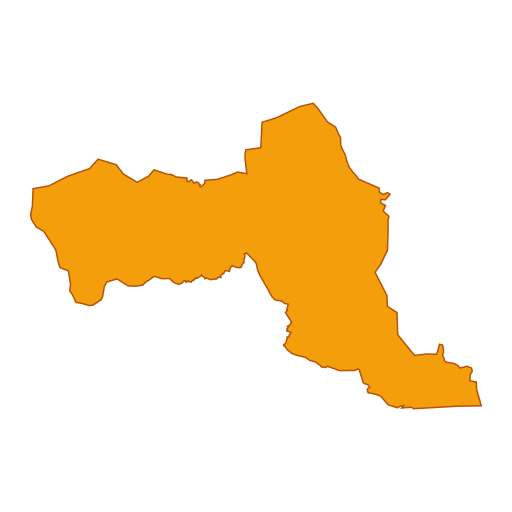 the district of Ifo, Ogun, Nigeria
{"feature_id": "59680162B2266540401620", "entity_name": "Ifo", "entity_type": "district", "adm_level": 2, "iso_a3": "NGA", "parent_name": "Nigeria", "parent_adm1": "Ogun", "projection": "albers", "projection_center": [3.248, 6.772], "detail": "fine", "context": "isolated", "style": "filled", "palette": "amber", "viewbox_px": 512, "rotation_deg": 0, "n_neighbors": 0, "source": "geoboundaries", "source_scale": "gbopen_adm2", "svg_char_len": 5939}
<svg xmlns="http://www.w3.org/2000/svg" viewBox="0 0 512 512"><path d="M59.8,267.2L60.7,267.9L68.4,270.8L70.5,284.3L69.8,290.8L72.5,294.9L75.9,302.4L81.4,303.3L89.5,305.6L93.1,305.0L101.2,299.7L102.6,296.7L104.3,286.5L106.8,282.0L117.0,278.9L128.1,285.9L135.9,286.2L142.8,285.1L146.1,281.7L148.6,280.4L151.3,278.5L153.2,276.9L155.1,276.4L157.4,277.2L158.1,277.5L159.2,277.7L160.2,278.1L160.8,278.5L161.5,278.6L162.7,278.6L163.2,278.6L164.0,278.7L164.6,278.7L165.5,278.6L166.3,278.5L167.4,278.5L168.2,278.6L169.1,278.6L169.9,278.8L170.4,279.1L170.7,279.6L171.0,280.0L171.6,280.5L172.0,280.8L172.8,281.6L173.1,282.1L173.6,282.3L174.2,282.5L174.5,282.7L174.9,283.0L175.4,283.1L175.7,283.3L176.1,283.4L176.7,283.5L177.0,283.7L177.3,283.8L178.1,283.9L178.3,284.0L179.0,284.4L179.3,284.2L179.6,284.0L180.0,283.9L180.4,283.7L181.2,283.3L181.7,283.1L182.2,282.9L182.5,282.6L182.8,282.2L183.1,281.8L183.2,281.6L183.3,281.3L183.6,281.0L183.9,280.9L184.1,280.8L184.2,281.0L184.4,281.0L184.7,280.9L185.1,280.8L185.6,281.6L186.2,282.3L186.9,281.8L186.6,281.3L186.9,281.1L187.4,281.0L188.1,280.6L188.2,280.8L188.6,281.4L188.7,281.6L188.8,281.7L189.1,281.7L189.8,281.8L190.5,281.9L191.0,282.0L191.4,282.1L191.6,281.2L191.8,280.9L192.0,280.9L192.5,280.7L192.9,280.4L193.4,279.8L193.8,280.2L194.1,279.8L194.2,279.6L194.8,279.0L195.1,278.6L195.3,278.3L195.6,278.2L195.8,278.1L196.2,278.0L196.3,278.4L196.8,278.3L197.9,277.7L198.9,277.1L199.1,277.0L199.3,276.9L199.8,276.7L200.1,276.3L201.5,275.1L202.2,275.9L203.8,277.1L204.0,277.3L204.5,277.6L204.7,278.1L204.7,278.4L204.8,278.7L205.2,278.5L205.4,278.4L206.0,278.2L206.2,278.3L207.0,278.3L207.5,278.4L208.2,278.7L209.1,279.1L210.0,279.4L210.4,279.5L210.7,279.6L211.0,279.6L211.3,279.5L211.8,279.5L212.8,279.4L213.9,279.1L214.5,278.7L214.9,278.8L215.7,279.3L216.0,279.0L216.6,278.8L217.2,278.5L217.5,278.3L217.6,278.0L217.7,277.8L217.6,277.7L217.7,277.4L217.8,277.3L218.0,277.3L218.3,277.4L219.4,277.2L219.8,277.2L220.7,277.4L220.9,277.5L220.9,277.1L220.8,276.4L220.8,276.1L220.8,275.8L220.9,275.4L222.1,274.3L222.4,273.9L222.7,273.5L222.9,273.6L223.1,273.8L223.3,273.8L223.7,273.4L224.1,272.8L224.5,271.7L224.9,271.3L225.0,270.8L225.6,270.8L225.8,270.8L227.1,270.8L227.8,270.9L228.6,271.0L228.7,271.3L229.2,271.3L229.4,271.4L229.5,270.2L229.7,269.7L230.0,269.3L230.2,268.4L230.5,267.7L230.8,267.2L231.1,266.9L232.2,265.8L232.4,265.7L233.6,266.1L234.2,266.4L234.6,266.5L235.0,266.8L235.4,267.0L235.8,267.3L236.2,267.4L236.6,267.4L237.0,267.4L237.9,267.4L238.4,267.5L238.8,267.7L239.2,267.8L239.4,267.8L239.7,267.7L240.7,267.1L241.1,267.0L241.4,267.1L241.6,266.1L242.1,264.7L243.5,262.9L244.1,262.5L243.7,261.3L245.0,256.0L244.9,255.4L244.4,253.7L245.0,253.6L245.3,253.5L245.4,253.4L245.6,253.3L245.8,253.3L246.2,253.4L246.3,253.1L246.5,253.0L248.5,254.9L250.7,257.2L251.5,258.1L253.6,260.0L254.6,261.1L255.4,262.2L256.2,263.6L256.9,266.4L257.3,268.6L257.8,270.5L258.4,272.1L258.8,273.0L259.4,274.3L260.1,275.6L261.4,277.7L262.0,279.0L263.4,281.5L263.7,281.9L264.7,283.9L265.2,284.6L265.8,285.6L268.6,290.5L269.3,292.0L270.5,294.2L271.5,295.8L272.3,297.2L272.7,297.3L273.4,298.2L274.1,299.1L274.7,299.6L275.1,299.9L275.9,300.0L276.9,300.3L278.5,300.5L281.2,301.0L281.9,301.3L282.5,301.7L283.8,302.8L284.4,303.2L285.8,303.7L286.6,303.9L288.2,304.2L288.1,304.8L287.9,305.8L287.5,306.8L287.2,308.2L287.0,309.0L286.8,309.5L286.7,309.9L287.1,310.3L287.3,310.5L287.1,310.7L286.8,311.1L286.6,311.3L286.4,311.5L286.1,311.8L285.9,312.1L285.5,312.5L286.9,314.8L290.0,319.5L291.6,322.3L291.4,322.5L291.1,322.9L290.8,323.7L290.5,324.4L289.1,325.1L289.0,326.2L287.4,326.3L287.7,326.8L288.2,327.4L287.0,328.7L287.6,329.3L286.6,330.6L286.8,331.0L287.5,331.2L290.9,332.1L290.9,332.7L289.4,334.7L288.7,337.0L287.2,336.9L286.8,339.3L286.6,340.4L286.0,342.6L284.8,344.0L284.0,344.4L283.5,345.0L283.6,345.6L285.1,346.5L285.9,347.7L287.4,349.8L291.4,353.1L291.6,353.3L295.2,354.8L297.0,355.2L297.7,355.5L305.6,357.4L309.6,360.3L310.7,360.6L316.1,362.2L317.6,363.7L320.1,365.3L320.4,365.6L321.0,366.4L321.7,367.0L322.3,367.2L324.8,367.1L325.9,367.6L326.4,367.0L327.1,366.6L327.8,366.1L328.2,366.6L333.4,368.4L340.1,370.7L342.7,370.6L349.7,370.5L353.0,370.5L354.7,370.5L357.8,369.0L359.4,369.7L359.6,371.1L361.2,376.1L363.0,381.7L363.3,382.7L363.7,383.2L366.2,384.2L368.1,384.9L369.7,387.1L367.5,388.7L367.3,390.7L367.9,391.5L368.2,392.9L370.1,392.9L371.3,393.3L374.3,393.9L380.7,396.1L381.2,396.8L385.3,401.5L388.5,405.0L390.9,405.7L397.5,407.8L400.2,406.2L403.7,405.7L401.8,408.0L411.5,407.2L413.5,408.7L457.5,406.2L481.3,405.8L476.7,389.8L476.3,382.0L469.9,380.8L470.3,374.2L472.3,371.3L471.5,368.1L467.3,366.3L460.0,368.0L457.6,365.3L454.2,363.5L449.3,362.7L446.8,362.4L444.6,361.1L443.7,357.5L442.6,355.4L443.4,352.3L443.4,349.2L442.7,345.1L439.5,344.3L438.1,350.0L436.5,354.3L426.4,354.0L420.0,354.8L414.7,355.4L411.9,352.2L397.7,334.6L397.0,312.5L387.4,306.4L386.9,295.5L375.1,272.4L375.1,272.2L380.9,264.1L387.5,250.0L388.1,229.0L388.0,220.1L388.9,216.4L383.2,211.0L385.5,205.5L380.6,202.9L380.9,199.4L385.4,199.8L390.0,194.2L387.4,192.6L383.5,194.5L379.5,192.4L379.3,188.2L358.6,179.2L357.1,177.0L352.3,171.3L349.2,167.3L346.9,161.2L345.2,154.5L342.1,149.0L340.7,144.9L340.6,137.6L338.4,133.9L335.6,127.1L327.5,122.0L324.6,117.9L317.7,108.2L313.3,103.3L299.9,106.5L275.6,118.1L262.1,122.2L260.8,147.7L253.8,148.7L247.6,149.6L246.0,149.7L245.0,153.4L245.2,160.1L246.8,173.7L237.7,172.1L230.0,175.2L217.1,179.4L204.9,180.3L204.7,183.4L200.8,186.9L199.6,186.1L200.2,184.6L198.7,184.0L198.9,183.2L197.5,182.5L196.6,181.8L195.3,182.6L193.8,183.1L192.7,181.3L191.3,179.8L188.5,181.7L187.0,181.2L187.0,178.0L176.3,177.0L171.6,174.6L167.3,174.3L154.0,169.8L148.4,176.3L137.2,182.3L123.6,174.2L116.1,164.7L98.0,159.2L89.6,168.6L67.5,176.3L49.2,185.8L33.1,188.7L32.4,206.1L30.7,213.8L31.2,218.9L36.3,227.0L43.7,231.3L51.5,243.2L54.0,246.9L56.1,251.1L58.1,261.6L59.8,267.2Z" fill="#f59e0b" stroke="#b45309" stroke-width="1.5"/></svg>